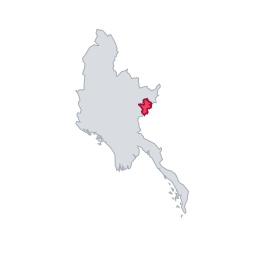 Monghsat, Shan, Myanmar shown in context, rotated 337°
{"feature_id": "60261553B30377978208155", "entity_name": "Monghsat", "entity_type": "district", "adm_level": 2, "iso_a3": "MMR", "parent_name": "Myanmar", "parent_adm1": "Shan", "projection": "albers", "projection_center": [98.999, 20.355], "detail": "fine", "context": "in_parent", "style": "filled", "palette": "rose", "viewbox_px": 256, "rotation_deg": 337, "n_neighbors": 0, "source": "geoboundaries", "source_scale": "gbopen_adm2", "svg_char_len": 6865}
<svg xmlns="http://www.w3.org/2000/svg" viewBox="0 0 256 256"><g transform="rotate(337 128 128)"><path d="M163.8,115.7L161.4,114.5L159.6,115.6L156.9,115.2L157.2,117.6L155.6,118.4L152.9,118.2L151.3,121.8L145.6,122.7L141.9,122.0L139.8,125.2L139.6,128.9L138.6,131.0L139.0,134.9L136.5,135.8L135.0,135.6L135.8,137.4L137.7,138.1L138.8,142.1L138.5,143.6L146.2,152.7L148.5,159.9L150.4,158.9L150.9,159.6L150.2,161.5L147.8,163.0L147.4,170.5L143.4,172.3L143.6,174.8L144.0,176.6L147.5,181.6L151.4,185.0L153.6,188.7L154.0,194.0L153.5,196.2L154.5,199.4L156.5,201.5L158.9,209.9L154.2,217.4L149.4,222.2L148.8,227.4L147.3,229.0L146.6,227.4L146.2,222.0L148.6,218.6L149.3,212.0L150.8,210.6L150.0,210.0L148.1,210.4L148.8,205.1L147.8,204.9L148.6,203.7L147.5,194.8L144.0,188.5L143.5,185.8L142.9,189.4L142.5,188.7L142.4,183.8L140.4,178.4L140.6,177.9L141.6,178.4L140.7,177.1L140.0,177.4L139.4,176.1L138.3,164.8L137.0,163.2L137.6,158.4L138.6,157.2L134.8,157.7L133.1,153.6L133.0,151.3L129.4,147.9L130.0,149.0L129.4,150.1L129.9,152.0L128.4,155.5L126.8,157.1L124.8,157.7L123.2,156.7L122.9,154.8L122.3,154.8L123.6,158.4L117.6,161.3L116.7,163.4L113.5,166.2L112.6,165.8L113.2,162.0L111.3,165.0L108.8,165.0L108.3,161.0L107.3,163.3L105.8,164.0L106.4,157.3L106.0,159.2L103.5,161.8L101.1,162.6L101.8,157.1L105.2,148.4L105.5,145.6L104.0,138.5L101.5,132.6L102.3,132.5L100.5,130.7L100.3,126.4L99.2,127.9L99.0,130.6L96.7,129.2L94.6,125.3L95.5,125.0L98.0,126.9L99.5,125.9L99.9,124.7L96.0,120.8L97.0,119.4L95.7,119.3L92.3,117.4L91.3,117.7L91.7,119.3L91.0,119.8L89.7,117.3L90.8,116.2L89.9,116.1L90.5,114.0L90.2,113.6L88.5,116.4L87.6,115.7L88.7,114.3L88.3,113.5L86.9,111.8L86.9,114.8L83.5,109.9L81.8,103.5L83.4,101.9L86.1,103.9L86.1,96.1L87.4,94.4L90.1,95.9L91.0,94.0L92.1,93.5L91.6,88.1L92.6,84.6L94.5,84.1L95.0,81.3L95.4,77.5L94.6,73.3L96.3,74.4L98.2,74.0L102.7,75.6L104.5,70.8L108.9,62.8L107.4,61.0L107.7,59.8L111.5,55.7L113.4,52.0L112.7,48.6L113.6,45.9L116.9,44.2L124.3,38.8L129.6,38.1L131.8,40.3L133.3,40.5L131.1,35.3L135.7,31.5L135.6,28.4L137.7,25.3L138.9,25.4L140.0,27.0L141.2,27.0L143.2,29.3L145.2,35.8L146.7,34.7L148.7,35.6L149.5,45.2L149.0,50.8L147.8,52.1L148.7,54.4L146.8,55.2L145.4,57.5L143.5,57.6L142.2,60.7L140.3,61.1L139.2,63.5L139.4,65.3L137.8,66.4L137.3,69.5L138.6,70.7L139.0,72.4L137.6,75.9L138.8,76.1L144.1,73.7L147.9,74.2L150.5,73.7L148.8,76.0L150.4,79.1L150.7,83.9L156.4,85.3L157.3,86.5L156.1,88.0L154.1,95.7L161.6,96.8L161.8,99.8L163.4,100.8L163.6,102.5L164.6,103.0L168.7,102.9L171.0,100.8L174.1,99.9L174.2,101.6L173.6,102.9L170.3,104.6L168.0,108.2L167.9,109.0L168.9,109.7L165.1,111.1L163.8,115.7ZM97.0,123.3L99.3,124.8L98.8,125.8L97.3,125.9L96.2,124.0L97.0,123.3ZM144.6,200.1L146.2,202.4L144.6,203.9L144.6,200.1ZM96.4,132.9L95.2,132.1L94.3,130.8L97.0,131.0L96.4,132.9ZM146.9,209.7L147.0,212.6L145.9,212.3L145.3,209.8L146.9,209.7ZM104.8,162.7L103.1,164.5L102.9,162.9L105.2,160.6L104.8,162.7ZM136.9,160.7L135.9,160.1L135.8,158.4L136.6,157.9L137.2,158.7L136.9,160.7ZM143.6,213.3L143.4,212.3L144.5,209.9L144.3,212.0L143.6,213.3ZM143.0,218.7L144.3,220.9L144.1,221.3L142.8,219.6L142.0,219.7L143.0,218.7ZM147.9,208.0L146.4,208.7L146.3,206.6L147.9,208.0ZM144.3,228.9L142.4,230.7L142.6,229.7L144.3,228.9ZM89.3,117.6L89.9,120.0L88.8,117.1L89.3,117.6ZM144.7,195.5L144.6,197.3L144.1,194.3L144.7,195.5ZM94.8,119.5L94.9,121.0L94.0,118.8L94.8,119.5ZM142.7,205.9L141.6,205.0L142.0,204.3L142.5,204.5L142.7,205.9ZM141.9,203.3L141.2,204.5L140.5,203.7L141.1,203.2L141.9,203.3ZM142.1,210.5L142.1,211.5L141.3,209.1L142.1,210.5ZM107.3,164.9L106.5,164.9L107.6,163.7L107.7,164.2L107.3,164.9ZM147.1,218.9L146.4,218.7L146.9,217.6L147.1,218.9Z" fill="#d9dde1" stroke="#a8b0b8" stroke-width="1"/><path d="M148.2,122.4L148.3,122.3L148.5,122.2L148.8,122.1L149.0,122.0L149.1,121.9L149.5,122.0L149.6,121.9L149.8,122.0L149.9,121.9L150.0,121.7L150.3,121.6L150.4,121.4L150.5,121.4L150.6,121.5L150.8,121.6L151.1,121.9L151.2,122.0L151.3,122.1L151.4,121.9L151.5,121.8L152.1,121.6L152.3,121.5L152.3,121.4L152.5,121.1L152.4,121.0L152.5,120.9L152.5,120.7L152.5,120.4L152.4,120.4L152.4,120.1L152.5,120.0L152.5,119.9L152.5,119.6L152.5,119.3L152.7,119.2L152.6,118.9L152.6,118.7L152.8,118.5L152.9,118.4L152.9,118.2L153.1,118.2L153.5,118.1L153.4,118.0L153.6,117.9L153.9,117.8L154.0,117.9L154.3,117.8L154.4,118.0L154.5,118.0L154.5,117.9L154.7,118.0L154.8,118.0L155.1,118.2L155.2,118.3L155.3,118.4L155.4,118.5L155.5,118.5L156.1,118.3L156.3,118.3L156.5,118.2L156.6,118.3L156.7,118.2L156.9,118.2L157.0,118.1L157.3,118.0L157.3,117.9L157.4,117.7L157.5,117.6L157.8,117.4L157.9,117.2L158.0,117.0L157.9,116.9L157.7,116.7L157.5,116.4L157.5,116.2L157.4,116.0L157.4,115.9L157.4,115.7L157.2,115.5L157.1,115.4L156.9,115.2L156.9,114.9L157.1,114.9L157.2,115.0L157.3,115.0L157.5,115.2L157.5,115.3L157.6,115.2L157.7,115.3L157.9,115.3L158.0,115.4L158.3,115.4L158.3,115.5L158.5,115.6L158.6,115.4L158.8,115.2L158.7,115.1L158.8,115.0L158.9,114.8L159.0,114.8L159.2,114.7L159.1,114.4L159.1,114.2L159.1,113.8L158.9,113.8L158.7,113.8L158.7,113.7L158.7,113.4L158.8,113.2L158.7,112.9L158.5,112.7L158.3,112.6L158.2,112.5L158.0,112.4L157.9,112.1L157.5,112.1L157.3,112.0L157.3,111.9L157.3,111.6L157.2,111.6L157.2,111.4L157.1,111.2L156.9,111.0L156.9,110.8L156.8,110.7L156.7,110.6L156.7,110.4L156.8,110.4L156.8,110.0L156.8,109.9L157.0,109.9L156.8,109.7L156.9,109.4L157.0,109.2L156.8,109.0L156.9,108.9L157.0,108.7L157.0,108.4L156.6,108.4L156.4,108.4L156.2,108.4L155.9,108.4L155.9,108.5L155.7,108.5L155.4,108.5L155.2,108.4L155.2,108.5L155.1,108.4L154.8,108.2L154.8,108.3L154.7,108.3L154.2,108.3L154.1,108.2L153.9,108.3L153.7,108.3L153.4,108.3L153.3,108.2L153.1,108.3L153.0,108.5L152.9,108.6L152.9,108.8L152.9,109.0L152.7,109.1L152.7,109.4L152.7,109.5L152.5,109.8L152.3,110.0L152.3,110.3L152.2,110.4L152.3,110.4L152.2,110.5L152.3,110.6L152.5,110.8L152.5,111.1L152.6,111.3L152.6,111.5L152.4,112.0L152.4,112.4L152.4,112.5L152.1,112.8L151.8,112.8L151.7,112.8L151.4,112.8L151.2,112.6L150.6,112.3L150.6,112.2L150.4,112.0L150.2,111.8L150.0,111.7L149.9,111.6L149.7,111.5L149.4,111.3L149.2,111.4L149.1,111.2L149.0,110.9L148.9,110.8L148.7,110.9L148.4,110.8L148.1,110.8L147.7,110.9L147.5,110.7L147.4,110.7L147.1,110.5L147.0,110.8L147.1,111.1L147.1,111.3L147.4,111.5L147.4,111.8L147.6,112.1L147.7,112.3L147.8,112.5L148.0,113.0L148.1,113.3L148.1,113.5L148.3,113.8L148.5,114.0L148.5,114.3L148.5,114.5L148.4,114.8L148.4,115.1L148.5,115.3L148.5,115.6L148.8,115.9L148.8,116.0L149.0,116.1L149.0,116.3L148.9,116.5L148.9,116.9L148.9,117.1L148.7,117.3L148.4,117.4L148.3,117.5L148.1,117.7L148.0,117.8L147.9,117.8L147.7,117.7L147.5,117.8L147.4,117.9L147.1,118.1L146.9,118.3L146.9,118.5L147.0,118.7L147.1,118.9L147.1,119.0L147.1,119.4L147.0,119.6L147.0,119.8L147.1,120.0L147.0,120.3L147.2,120.5L147.3,120.6L147.4,120.8L147.5,120.9L147.6,121.0L147.7,121.3L147.7,121.5L147.8,121.6L148.0,121.7L148.0,121.8L148.2,122.1L148.2,122.4Z" fill="#f43f5e" stroke="#9f1239" stroke-width="1.5"/></g></svg>